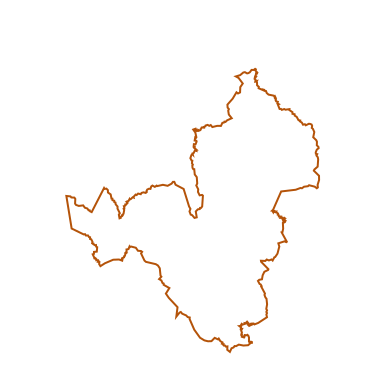 outline of Na Klang, Nong Bua Lam Phu, Thailand, rotated 200°
{"feature_id": "78962969B44929961465938", "entity_name": "Na Klang", "entity_type": "district", "adm_level": 2, "iso_a3": "THA", "parent_name": "Thailand", "parent_adm1": "Nong Bua Lam Phu", "projection": "orthographic", "projection_center": [102.242, 17.313], "detail": "fine", "context": "isolated", "style": "outline", "palette": "amber", "viewbox_px": 384, "rotation_deg": 200, "n_neighbors": 0, "source": "geoboundaries", "source_scale": "gbopen_adm2", "svg_char_len": 5931}
<svg xmlns="http://www.w3.org/2000/svg" viewBox="0 0 384 384"><g transform="rotate(200 192 192)"><path d="M292.6,116.5L279.2,115.1L278.1,115.8L276.8,114.8L274.9,115.6L273.3,114.4L272.3,114.6L271.7,113.0L270.5,113.1L268.5,111.2L268.3,109.7L267.0,109.8L266.9,109.2L264.9,108.8L264.1,109.3L263.4,107.9L262.2,107.7L261.1,103.4L263.6,102.2L263.0,100.3L264.0,99.5L261.7,97.2L260.3,96.8L260.6,96.2L259.0,96.2L258.6,95.1L256.9,95.8L256.3,95.3L256.5,94.2L255.1,94.5L254.6,92.5L252.7,91.0L249.4,95.3L242.9,101.4L237.5,103.6L234.1,103.6L234.4,105.6L235.1,105.3L235.1,105.9L233.5,107.4L234.1,109.1L233.6,108.6L233.2,109.1L233.5,111.2L232.9,112.2L233.7,112.2L233.1,113.7L233.9,115.6L232.2,116.6L232.1,119.2L231.6,118.7L230.8,119.9L225.7,120.4L222.7,118.3L219.7,119.1L218.4,118.7L218.9,116.9L213.2,111.3L211.4,110.6L201.4,111.8L198.9,111.3L196.2,109.3L193.0,102.7L191.8,101.9L193.1,98.9L190.5,98.4L188.6,96.4L187.3,96.3L186.9,95.1L180.4,94.0L181.8,87.6L177.6,84.6L166.2,78.8L164.1,69.5L162.5,74.4L161.5,75.4L159.6,74.3L155.2,74.0L153.3,73.0L151.2,73.3L150.8,71.8L142.8,63.4L134.6,57.8L129.6,56.8L125.9,57.2L122.7,58.5L120.8,62.7L117.1,62.4L116.7,63.4L114.3,61.5L111.9,61.1L112.0,59.7L110.3,59.8L110.4,59.1L109.5,58.6L108.4,59.0L107.2,58.3L105.9,59.0L104.9,55.8L101.7,54.7L101.4,58.7L99.8,60.1L99.3,61.8L97.9,62.2L95.8,64.6L91.2,65.3L86.9,67.2L85.2,70.2L84.1,70.8L84.4,71.5L85.5,71.5L86.4,70.3L87.3,70.9L88.7,74.8L90.0,76.3L90.9,76.3L90.5,77.3L91.8,76.0L93.6,75.6L93.9,73.6L93.2,73.6L93.3,73.1L95.7,73.0L96.3,75.0L96.9,74.8L97.1,77.2L98.4,78.5L98.2,80.4L99.3,79.9L99.6,81.5L101.7,82.2L99.9,83.2L100.0,83.8L100.5,83.6L100.2,85.1L99.1,84.7L97.3,86.1L97.7,86.8L95.8,87.1L96.5,87.7L95.9,89.0L94.0,87.9L93.9,86.7L93.1,87.1L93.3,86.2L92.5,85.7L90.4,87.9L89.5,87.7L90.7,88.5L90.0,88.7L90.3,89.0L89.1,89.5L88.1,88.9L85.0,91.6L78.7,100.0L80.2,102.3L80.1,103.9L81.1,104.7L81.0,106.5L82.2,107.5L83.0,112.1L85.5,117.2L86.9,118.0L88.7,120.1L88.7,121.5L94.7,126.9L94.4,127.4L95.8,128.6L97.0,128.7L99.6,131.0L98.8,132.5L96.4,133.9L97.1,137.9L96.7,141.8L93.8,144.8L93.8,145.6L103.2,150.1L103.7,151.0L99.5,152.3L98.7,154.1L96.3,154.0L94.2,155.8L92.8,155.2L92.3,158.8L91.6,159.4L90.6,163.3L91.3,170.6L93.3,173.3L88.2,177.3L86.3,177.1L85.9,177.7L94.0,184.8L93.3,185.3L93.8,188.7L96.1,194.2L95.8,195.1L95.1,194.8L94.4,195.5L94.3,196.9L95.4,196.9L95.8,196.0L96.2,197.2L95.4,197.7L96.4,198.7L95.9,199.1L96.6,199.3L97.3,198.0L97.8,198.3L97.7,197.5L98.6,198.4L100.2,197.9L100.1,199.3L102.0,198.7L102.6,199.9L103.7,200.0L103.8,201.2L105.7,201.7L105.9,202.3L106.6,201.5L108.7,201.5L108.7,200.7L109.6,201.4L109.0,202.2L110.3,201.9L109.7,203.1L108.4,223.0L95.3,229.6L91.4,232.9L90.0,233.1L88.5,235.3L85.0,237.1L84.3,238.4L78.5,239.0L76.0,238.2L75.3,239.3L76.4,241.6L76.7,246.8L78.2,250.7L84.8,253.7L84.7,255.0L82.6,258.8L84.6,265.8L85.7,267.7L87.5,268.8L87.3,270.4L88.7,270.3L89.3,271.6L89.2,274.5L88.0,276.5L88.6,277.6L90.7,278.6L91.8,282.0L93.0,283.2L96.8,284.9L97.6,290.2L100.0,292.7L101.4,293.2L101.7,295.2L102.7,296.3L104.1,296.4L105.5,296.1L107.9,293.6L109.1,294.3L110.7,293.2L112.5,294.8L114.8,295.3L114.8,296.2L116.6,296.0L119.3,298.4L121.6,298.9L122.2,300.2L124.3,299.8L124.9,301.4L128.6,302.3L128.8,303.2L132.3,301.3L133.7,301.5L135.7,299.9L136.8,300.5L138.1,300.0L141.2,303.5L140.5,304.2L142.1,304.5L142.2,306.1L143.9,306.0L144.7,306.7L144.7,307.4L146.0,308.4L145.4,308.9L146.7,310.2L146.9,309.6L148.1,310.5L153.4,309.7L155.7,310.6L157.0,312.2L158.1,311.9L159.0,312.7L160.2,312.6L159.8,312.0L164.9,312.3L165.2,313.7L167.3,314.5L168.4,317.2L169.1,317.5L169.0,318.4L170.3,317.4L170.7,319.3L171.9,319.7L172.2,321.8L171.4,321.7L171.2,322.5L171.9,322.5L172.4,325.4L171.5,325.5L171.4,326.5L173.9,327.8L173.9,329.1L174.8,329.3L175.7,327.8L177.8,327.1L178.6,324.3L179.7,323.0L180.8,322.3L183.3,322.7L184.7,321.8L186.7,318.3L190.3,315.6L187.2,315.1L181.4,311.3L182.5,307.1L180.9,302.0L182.5,300.3L184.3,300.9L185.7,293.6L188.6,286.2L187.4,283.5L185.7,282.5L185.8,280.8L183.9,277.4L179.9,274.9L183.5,271.4L184.5,269.3L185.6,269.2L185.8,268.1L187.1,267.4L187.4,264.0L190.9,262.8L195.1,260.0L197.3,261.3L198.4,260.1L200.3,260.4L202.0,259.1L201.9,258.2L203.2,257.2L202.8,256.6L205.0,255.9L205.3,253.0L207.0,251.5L207.7,251.3L207.7,251.8L208.3,251.2L208.8,252.1L209.4,251.4L210.3,252.7L212.2,251.1L209.2,249.0L206.6,244.9L206.9,243.9L207.6,244.2L207.1,241.3L205.4,241.6L204.9,240.9L205.0,238.1L206.6,237.6L205.9,234.8L205.4,234.4L204.8,235.1L204.5,234.1L202.0,233.1L202.7,232.6L202.2,232.1L203.5,232.0L203.8,229.2L204.7,228.4L204.1,227.5L204.7,227.8L205.2,226.4L205.1,223.2L203.1,221.4L202.4,221.5L201.9,219.0L200.5,217.9L200.8,217.1L199.8,214.9L198.6,213.9L197.7,214.2L195.4,209.4L192.6,207.6L190.0,201.8L190.2,199.6L187.1,196.7L186.4,194.1L183.7,191.5L181.5,192.7L180.5,192.3L177.5,181.9L178.0,180.2L179.0,179.8L178.9,178.6L180.6,177.7L181.8,175.0L178.9,169.8L180.8,168.5L183.9,170.3L185.5,170.3L187.7,172.9L187.7,175.6L189.8,177.4L200.9,192.0L209.9,193.2L212.1,195.5L213.4,195.0L214.0,192.9L217.0,189.5L221.8,188.8L226.8,185.6L227.4,185.9L228.7,184.1L231.4,184.5L232.2,183.3L232.1,180.7L233.5,180.4L234.9,179.0L235.1,177.2L234.5,176.6L235.2,175.3L237.4,175.1L239.1,173.9L239.4,172.4L242.1,172.1L243.0,170.2L244.1,170.3L245.3,167.4L244.9,166.8L245.9,166.8L247.1,164.4L247.9,163.6L248.3,164.0L248.6,161.9L249.7,161.0L249.2,160.3L249.8,160.1L248.9,159.5L249.8,157.3L250.4,157.4L250.4,155.5L251.1,155.3L250.0,153.6L250.5,152.8L249.6,152.1L248.9,148.1L249.8,146.4L249.2,146.2L249.4,145.5L250.7,143.9L250.2,143.3L251.1,142.5L253.0,145.7L252.6,147.4L256.3,150.9L257.0,152.9L259.5,154.3L260.3,155.9L261.5,155.9L262.1,157.2L263.9,157.1L264.5,158.5L265.4,158.3L267.6,161.9L270.8,162.8L271.7,165.0L273.6,165.9L275.1,165.0L276.0,165.7L279.4,138.8L281.2,139.0L281.9,139.8L282.9,139.4L284.7,140.7L287.3,140.6L289.7,142.2L293.6,140.2L296.6,140.2L297.9,141.1L299.3,145.6L300.6,146.5L303.5,145.6L304.7,146.3L308.7,145.3L292.6,116.5Z" fill="none" stroke="#b45309" stroke-width="2"/></g></svg>